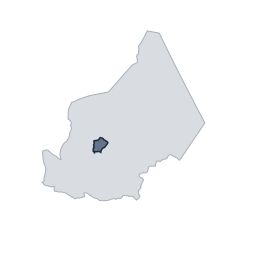 Fitri, Batha, Chad (highlighted), rotated 36°
{"feature_id": "50815135B60006364885554", "entity_name": "Fitri", "entity_type": "district", "adm_level": 2, "iso_a3": "TCD", "parent_name": "Chad", "parent_adm1": "Batha", "projection": "orthographic", "projection_center": [17.521, 12.811], "detail": "fine", "context": "in_parent", "style": "filled", "palette": "slate", "viewbox_px": 256, "rotation_deg": 36, "n_neighbors": 0, "source": "geoboundaries", "source_scale": "gbopen_adm2", "svg_char_len": 4163}
<svg xmlns="http://www.w3.org/2000/svg" viewBox="0 0 256 256"><g transform="rotate(36 128 128)"><path d="M187.2,78.7L187.4,84.0L187.6,89.3L187.8,94.6L187.9,99.9L188.1,105.3L188.3,110.6L188.5,115.9L188.7,121.2L188.7,123.0L188.6,123.7L188.5,123.8L188.3,123.9L185.6,123.5L184.4,123.5L182.7,123.9L180.3,124.2L178.7,124.2L177.6,125.1L176.8,126.2L177.2,128.9L177.2,129.7L176.9,130.7L176.1,131.5L175.4,132.1L175.0,132.7L174.4,133.9L174.0,134.4L174.1,135.2L174.0,136.0L173.5,136.4L172.4,136.7L171.7,137.1L171.1,137.7L170.7,138.1L170.9,138.6L171.2,139.4L171.4,140.6L171.5,141.3L172.1,141.8L172.5,142.2L172.6,142.7L172.3,143.1L170.9,144.0L170.3,144.3L169.7,144.8L169.4,145.0L168.4,145.8L167.9,146.5L167.7,147.1L167.7,148.0L168.3,149.2L168.9,150.2L169.1,151.0L169.2,151.9L169.2,152.7L168.9,153.5L168.4,154.1L166.5,155.4L165.5,156.7L164.8,158.4L164.6,159.3L164.9,159.9L165.3,160.3L165.9,160.6L166.7,160.6L168.1,160.4L169.4,160.2L170.8,160.7L171.5,162.1L171.3,163.1L171.8,164.9L172.3,167.0L172.3,167.8L172.5,168.0L173.4,168.2L173.6,168.7L173.4,172.5L173.8,173.6L174.4,174.3L175.1,174.7L175.7,175.2L176.1,175.6L176.9,175.6L177.7,176.3L178.0,177.2L177.9,178.1L177.5,180.1L177.1,181.4L176.6,181.3L175.6,181.0L174.3,180.8L172.8,180.6L171.3,181.1L169.8,181.9L169.3,182.4L168.9,182.7L168.2,182.7L167.5,182.8L167.2,183.3L166.6,183.8L164.4,185.0L163.9,185.4L163.6,185.8L163.6,186.2L163.9,187.1L163.9,188.3L163.4,189.2L162.8,189.8L162.2,190.1L161.6,190.2L161.2,190.6L160.1,192.7L159.6,193.1L158.5,193.0L155.6,196.2L155.3,197.1L154.2,198.4L152.8,199.9L151.6,200.6L151.5,200.9L151.2,201.2L150.4,201.5L147.8,203.3L144.6,203.3L143.2,204.0L141.8,204.3L139.8,204.6L139.2,204.6L136.7,204.8L133.7,204.8L132.5,205.0L131.4,205.7L130.6,206.3L130.5,206.5L130.6,206.9L132.7,208.3L133.2,209.0L132.7,209.7L132.5,209.8L132.4,209.9L132.1,210.4L130.9,212.1L129.0,214.0L128.0,214.5L127.6,214.9L127.1,216.2L126.8,216.4L125.5,216.5L123.0,216.7L119.4,217.1L117.3,217.2L116.0,217.1L114.1,218.0L113.5,218.2L113.0,218.3L111.2,219.2L109.7,220.5L109.1,220.7L107.0,221.3L106.1,222.2L105.7,222.3L104.3,221.1L103.4,220.0L102.9,218.9L102.9,218.5L102.6,218.6L101.9,219.1L101.2,219.6L100.9,220.7L98.7,221.4L96.8,222.0L95.9,222.7L94.6,223.1L92.9,223.0L91.5,222.6L90.3,222.5L90.9,221.6L91.1,220.8L91.2,220.0L91.1,219.4L90.3,219.1L89.8,218.6L88.7,215.8L87.6,213.0L86.0,210.2L84.3,208.3L83.0,207.2L82.6,207.1L82.0,206.8L81.5,206.4L79.2,204.5L76.8,202.3L76.2,201.4L75.0,199.9L73.7,198.4L73.0,197.7L72.7,196.5L73.6,195.4L74.6,194.0L75.9,193.1L77.4,193.0L80.0,193.4L82.8,193.6L85.6,193.3L86.3,193.1L87.0,193.2L88.5,193.5L91.1,193.4L92.5,192.9L91.0,191.9L89.5,190.4L88.0,188.7L87.2,187.1L86.4,185.2L85.6,182.7L85.2,179.6L85.3,177.8L85.5,176.6L86.3,174.5L85.8,173.3L86.0,172.3L85.9,170.9L85.7,170.1L84.7,167.7L84.5,167.4L83.6,165.8L83.2,163.0L82.2,161.1L80.7,160.2L79.7,159.1L79.4,157.2L78.8,156.7L76.3,156.0L74.2,156.0L72.7,153.8L70.8,151.0L69.0,148.4L67.9,143.2L67.3,140.3L68.1,139.4L69.6,137.3L71.6,133.3L75.9,127.2L78.2,124.1L82.6,119.4L88.0,113.6L91.0,110.4L91.6,104.4L92.2,98.1L92.6,93.3L93.1,87.7L93.6,83.0L93.9,79.6L94.4,74.7L94.7,73.8L96.8,70.0L97.0,69.5L96.6,68.8L93.7,65.6L92.8,64.9L92.3,63.2L93.1,62.2L89.7,56.8L88.8,56.1L88.4,55.5L88.4,54.5L88.4,50.8L87.6,44.9L86.5,38.1L90.6,36.2L93.6,34.7L97.6,32.9L101.2,34.8L106.5,37.6L111.7,40.4L117.0,43.2L122.3,46.0L127.6,48.8L133.0,51.5L138.3,54.3L143.7,57.0L149.1,59.8L154.5,62.5L159.9,65.2L165.3,67.9L170.8,70.6L176.2,73.3L181.7,76.0L187.2,78.7Z" fill="#d9dde1" stroke="#a8b0b8" stroke-width="1"/><path d="M111.1,152.1L111.2,154.7L110.3,156.0L109.9,156.6L109.3,157.1L108.3,157.9L108.0,158.7L108.6,159.2L109.0,159.4L109.5,159.8L109.7,160.3L110.0,161.5L110.1,161.9L110.7,162.5L111.3,163.1L111.8,163.3L111.8,164.3L112.0,165.0L112.3,165.6L112.9,165.9L113.1,166.4L113.2,166.9L113.6,167.3L114.3,167.3L114.8,167.5L115.4,167.6L115.0,166.8L115.5,166.3L116.2,165.9L118.7,163.8L120.3,163.7L119.9,163.0L119.7,162.3L119.3,161.1L119.4,159.9L119.6,158.8L120.3,157.7L120.6,156.4L120.5,155.4L120.5,154.6L120.6,153.2L120.5,152.4L120.2,151.5L119.6,151.4L117.2,151.4L115.5,151.7L114.6,151.4L113.6,151.2L112.7,151.5L111.1,152.1Z" fill="#64748b" stroke="#1e293b" stroke-width="1.5"/></g></svg>